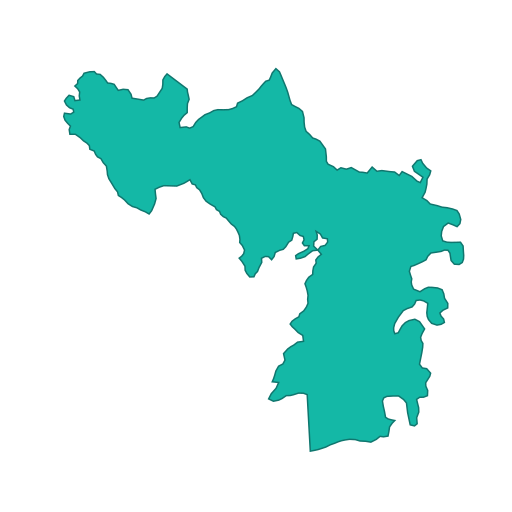 Entre-Ijuís, Rio Grande do Sul, Brazil, rotated 96°
{"feature_id": "56859067B25035213564080", "entity_name": "Entre-Ijuís", "entity_type": "district", "adm_level": 2, "iso_a3": "BRA", "parent_name": "Brazil", "parent_adm1": "Rio Grande do Sul", "projection": "albers", "projection_center": [-54.301, -28.49], "detail": "fine", "context": "isolated", "style": "filled", "palette": "teal", "viewbox_px": 512, "rotation_deg": 96, "n_neighbors": 0, "source": "geoboundaries", "source_scale": "gbopen_adm2", "svg_char_len": 5695}
<svg xmlns="http://www.w3.org/2000/svg" viewBox="0 0 512 512"><g transform="rotate(96 256 256)"><path d="M394.2,77.8L389.8,78.4L386.6,79.6L381.8,81.3L379.4,78.5L378.9,74.6L377.0,70.9L371.8,71.2L367.7,73.5L364.3,74.0L361.3,72.5L357.4,70.6L354.3,70.1L350.2,74.5L350.0,78.9L346.5,82.1L334.8,81.0L329.3,80.7L325.5,80.9L322.8,82.9L319.6,83.8L315.7,82.7L310.9,80.7L304.2,86.5L302.3,91.4L304.2,97.0L306.6,100.5L310.2,103.4L313.1,104.7L317.5,106.5L318.8,109.8L316.0,111.2L313.0,111.6L308.7,111.0L301.9,108.0L294.9,103.8L292.5,100.2L290.3,95.4L287.1,93.2L283.5,92.1L282.6,88.3L283.1,84.6L285.1,80.2L294.6,80.2L298.2,79.4L301.2,77.8L304.6,74.3L305.8,68.8L304.6,64.8L302.4,61.7L299.1,62.8L296.4,65.7L293.5,67.2L290.3,64.3L287.6,59.9L283.1,60.3L278.3,64.1L274.0,65.3L270.1,67.4L268.8,72.1L268.8,77.6L269.1,81.4L270.9,84.8L274.4,89.2L272.5,95.8L268.6,98.1L265.6,98.9L262.4,98.7L259.0,100.3L255.2,101.9L250.2,100.9L248.9,97.8L246.9,94.3L244.3,89.9L242.0,86.5L238.4,85.2L234.7,82.3L233.4,77.2L232.1,72.4L230.4,69.2L230.2,65.7L232.9,63.4L236.1,62.6L240.1,61.5L243.4,57.9L243.2,53.1L240.9,50.2L237.4,49.3L233.7,49.5L229.9,50.2L224.4,51.1L220.9,54.1L221.4,57.7L222.1,63.3L222.3,67.6L221.4,71.9L216.6,73.9L212.1,73.9L207.1,72.6L203.1,68.3L204.4,63.3L205.8,59.1L202.5,56.6L198.3,56.2L193.0,58.3L189.8,60.9L188.7,65.4L188.0,71.1L188.0,76.1L187.0,80.9L186.1,88.2L183.0,91.9L180.7,96.9L174.9,94.5L171.2,94.0L166.7,93.6L161.6,93.9L157.1,91.8L153.1,91.1L150.6,95.6L146.3,100.0L143.0,102.0L144.3,105.6L150.4,109.8L155.2,107.3L160.2,98.2L165.8,100.3L164.8,103.6L160.6,109.3L156.8,119.5L161.0,122.0L158.0,126.9L158.1,131.6L157.9,139.8L159.1,144.6L155.4,149.8L161.9,154.1L161.6,158.6L161.8,161.9L158.1,170.5L160.2,175.2L159.4,180.8L162.1,184.3L159.1,188.3L157.2,193.9L154.5,195.9L150.1,196.4L142.3,198.1L135.1,204.5L133.5,208.5L132.7,212.0L129.5,215.4L126.8,219.2L122.8,221.1L117.7,222.2L113.5,222.7L107.4,224.9L104.7,228.8L103.3,232.6L101.7,236.4L97.8,238.4L94.3,239.8L90.0,241.5L85.8,243.5L82.8,245.1L78.6,247.4L73.6,250.1L70.4,251.9L67.6,255.8L72.3,259.0L76.4,260.1L79.7,261.2L81.2,264.6L83.7,266.5L86.8,268.7L89.4,270.3L92.8,273.0L96.8,276.4L99.6,281.4L103.0,285.6L105.9,290.3L109.6,291.0L111.8,294.7L113.3,298.5L114.0,303.6L114.5,309.3L115.8,313.2L118.5,317.0L120.8,321.5L123.5,324.4L126.2,327.4L129.5,329.9L133.9,332.0L135.8,335.4L134.9,338.8L136.2,344.9L131.2,346.5L126.6,344.3L123.6,342.3L120.6,339.4L115.8,339.9L111.6,340.1L107.1,338.9L103.4,340.1L100.0,341.3L97.2,341.9L84.2,363.5L87.1,365.5L90.6,367.0L95.1,366.6L99.1,366.8L107.4,371.1L109.5,373.8L109.8,377.7L110.8,381.3L112.7,384.0L112.3,390.6L112.0,395.8L108.2,397.2L104.0,400.7L104.1,405.6L105.7,410.3L102.8,412.8L100.1,415.0L99.5,418.3L99.5,421.6L97.1,423.7L94.2,426.5L91.7,430.0L91.7,433.6L89.5,436.1L90.2,440.7L92.2,446.1L95.2,447.3L97.4,449.6L100.1,451.6L103.1,451.4L105.9,453.9L108.3,450.8L111.3,448.5L115.3,448.5L119.3,447.4L120.4,452.3L116.6,453.9L115.7,458.7L119.0,461.2L121.9,462.7L125.6,460.3L128.0,457.0L129.1,453.2L132.0,452.3L134.2,455.2L134.0,461.4L137.4,461.8L140.9,460.1L143.9,457.0L146.2,454.1L149.8,455.0L154.4,453.8L153.8,448.4L156.7,443.2L159.5,439.6L161.3,436.1L163.6,433.3L167.2,432.4L168.5,427.9L171.7,426.1L174.0,424.0L175.4,420.4L179.1,417.7L182.2,414.2L187.0,412.9L190.6,412.2L194.5,410.4L199.3,406.7L203.7,403.4L206.7,400.4L210.2,399.2L211.8,396.0L213.9,392.7L217.4,388.7L219.7,384.1L220.5,379.5L222.3,375.4L223.6,370.7L225.4,366.7L221.8,364.5L214.8,362.3L209.3,361.4L204.6,362.5L200.2,363.4L197.7,359.4L195.7,355.1L195.3,350.3L195.0,346.1L194.7,342.1L193.1,339.0L191.2,335.3L189.1,332.4L187.0,329.7L191.0,327.0L191.6,323.7L194.2,322.1L196.1,319.0L199.6,316.4L203.5,314.4L206.8,311.3L209.2,306.9L211.4,301.9L214.0,300.2L215.5,296.9L218.2,295.5L220.3,292.6L221.4,289.5L223.6,287.3L226.7,284.0L228.9,280.4L231.1,278.4L233.7,276.7L237.2,274.7L241.2,273.7L244.3,273.6L247.0,270.7L251.3,268.0L255.0,268.5L257.7,270.2L259.9,272.5L262.9,269.4L267.3,265.9L271.3,265.3L274.3,263.3L277.5,260.0L276.9,255.9L273.8,254.9L271.3,252.9L267.2,251.8L261.7,249.6L257.7,250.3L255.5,246.9L255.3,243.5L258.1,240.1L254.7,238.0L250.5,237.2L247.8,233.0L246.5,229.6L243.7,227.4L238.8,225.0L236.5,222.1L232.6,221.4L229.5,221.2L228.4,217.9L231.0,214.3L231.6,211.0L234.9,209.9L238.2,211.2L240.7,209.0L240.2,204.3L243.3,205.2L246.2,208.8L249.3,214.1L251.5,216.6L254.7,215.7L253.5,211.4L251.5,207.2L248.6,204.4L244.8,200.2L243.7,195.1L247.5,191.2L250.5,194.2L253.7,196.1L256.9,195.4L260.9,197.6L264.7,197.9L268.4,197.7L271.6,201.3L275.0,203.2L278.5,204.4L281.8,202.8L285.3,201.4L289.8,200.1L293.7,200.1L297.6,199.3L301.6,200.6L305.6,202.8L308.9,206.4L312.0,207.0L314.4,210.4L317.1,213.3L320.1,214.9L322.6,212.5L324.6,209.8L327.7,206.1L330.1,201.2L335.9,199.8L337.3,205.6L340.7,209.2L342.5,211.8L345.1,214.7L350.2,218.4L356.5,216.3L360.6,218.0L363.2,222.0L368.3,224.2L372.5,224.9L376.2,225.7L379.4,226.7L379.4,220.2L385.5,222.2L391.3,226.4L396.8,228.5L398.6,223.5L397.0,218.4L395.1,215.3L391.7,211.3L391.2,207.5L390.1,204.4L387.9,199.4L387.5,194.5L388.5,190.6L444.4,181.6L443.3,177.9L442.0,174.0L440.6,170.8L438.7,166.6L436.0,162.4L433.9,158.0L432.3,155.1L430.8,151.8L429.6,148.1L428.5,143.8L428.2,138.0L429.1,133.2L428.8,127.6L429.1,122.3L425.8,117.2L422.4,113.8L422.5,110.3L421.3,105.9L416.8,105.5L412.0,105.3L407.9,103.0L405.1,100.8L404.8,104.1L404.3,107.4L402.9,110.3L397.1,112.0L392.1,113.7L387.0,115.1L383.7,114.1L381.9,111.1L380.9,105.1L380.3,99.5L383.3,94.2L386.4,91.0L396.0,88.8L407.8,85.0L408.4,80.6L406.0,78.2L400.0,79.3L394.2,77.8ZM243.7,195.1L240.2,199.7L235.8,199.9L232.9,197.0L228.7,197.3L225.2,198.8L227.4,194.3L231.1,191.7L231.4,186.8L234.7,186.2L238.2,188.3L239.8,192.7L243.7,195.1Z" fill="#14b8a6" stroke="#0f766e" stroke-width="1.5"/></g></svg>